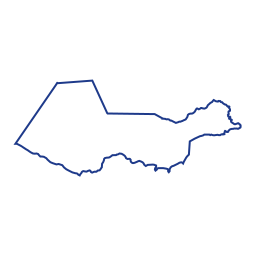 the district of La Sorciere, Dennery, Saint Lucia
{"feature_id": "8701671B33968538338102", "entity_name": "La Sorciere", "entity_type": "district", "adm_level": 2, "iso_a3": "LCA", "parent_name": "Saint Lucia", "parent_adm1": "Dennery", "projection": "albers", "projection_center": [-60.886, 13.974], "detail": "fine", "context": "isolated", "style": "outline", "palette": "blue", "viewbox_px": 256, "rotation_deg": 0, "n_neighbors": 0, "source": "geoboundaries", "source_scale": "gbopen_adm2", "svg_char_len": 5627}
<svg xmlns="http://www.w3.org/2000/svg" viewBox="0 0 256 256"><path d="M57.3,82.9L57.2,82.9L55.8,85.1L15.4,143.8L16.9,143.8L20.8,145.8L26.1,149.3L27.7,150.2L28.8,151.0L30.7,152.3L33.0,153.5L34.9,153.7L36.5,153.5L38.1,154.0L39.0,155.2L40.3,156.5L41.8,156.5L43.9,156.8L44.2,157.0L44.7,157.3L44.9,157.4L46.3,158.2L47.5,159.6L48.9,160.9L50.4,162.2L52.8,163.2L56.4,164.4L58.7,164.0L62.3,165.2L64.0,167.4L65.1,168.3L66.2,169.2L68.4,170.4L72.4,172.4L74.2,172.9L75.2,173.2L75.9,173.3L76.2,173.3L76.7,173.4L77.4,173.7L78.4,174.8L78.7,174.9L79.7,175.4L80.0,174.8L80.1,174.6L80.5,174.0L81.4,173.0L81.8,172.1L82.2,171.7L82.8,171.3L83.3,171.1L85.3,171.5L86.6,171.6L88.2,170.8L89.7,170.4L90.5,171.0L90.9,171.9L91.0,172.0L91.5,172.3L92.1,172.6L93.1,172.2L94.1,171.8L94.5,171.7L94.9,171.7L95.4,171.7L95.9,171.8L96.6,171.6L97.1,171.1L97.8,170.5L98.4,170.5L99.6,170.3L100.1,169.7L100.8,168.8L101.4,167.8L101.8,167.4L102.1,163.7L102.8,162.7L103.2,162.1L103.6,161.1L103.9,160.3L104.2,158.8L104.4,158.6L104.9,158.1L106.5,157.7L108.0,157.6L109.0,157.5L109.7,157.2L111.3,156.1L112.4,155.2L116.1,155.1L116.6,154.6L117.5,154.5L118.1,154.3L119.5,153.5L121.7,153.8L122.2,154.1L123.4,154.8L124.2,155.4L125.0,156.1L125.9,157.6L126.1,158.2L127.5,159.0L129.3,158.8L129.9,158.9L130.2,159.3L130.6,159.7L130.6,160.9L131.1,162.0L132.2,162.9L133.0,163.1L134.6,162.8L137.2,161.7L138.2,161.2L139.3,160.9L141.0,161.5L142.6,162.3L143.7,163.5L143.9,164.1L144.5,164.9L144.5,165.0L145.8,166.0L147.7,164.9L152.7,164.6L153.9,164.7L156.1,165.5L156.1,166.8L155.1,168.3L154.9,169.7L155.5,170.6L156.7,169.7L157.5,168.4L158.8,168.1L163.0,168.1L166.0,168.6L167.8,169.1L168.1,169.8L168.2,171.5L168.8,172.2L169.6,171.2L169.6,169.4L170.6,167.4L172.0,166.3L173.6,165.8L177.7,163.8L179.5,162.7L181.3,162.3L182.2,162.6L183.1,163.5L183.8,161.8L186.2,157.6L187.1,156.4L188.9,154.6L189.8,141.4L194.6,138.7L200.0,136.2L201.5,135.9L203.1,135.4L204.3,134.6L209.4,134.6L210.2,135.1L211.2,134.6L212.6,135.1L214.1,135.3L217.5,134.8L218.7,135.1L220.2,135.1L221.1,134.5L222.2,134.2L222.8,134.5L223.8,134.3L223.5,134.0L223.5,133.9L223.7,133.7L224.4,133.3L224.6,132.7L224.6,132.2L224.8,131.6L224.8,131.4L224.9,131.1L225.1,130.9L225.4,131.0L225.7,131.2L226.1,131.6L226.5,131.8L226.9,132.0L227.1,132.0L227.3,132.0L227.8,131.9L228.1,131.8L228.1,131.5L228.1,131.3L228.3,131.1L228.6,130.8L229.0,130.4L229.2,130.1L229.6,129.7L229.9,129.5L230.3,129.3L230.8,129.1L231.4,129.0L231.8,128.9L232.3,128.9L233.1,128.9L233.9,128.6L234.3,128.5L235.0,128.5L235.6,128.6L236.9,128.5L237.3,128.7L237.5,128.7L237.8,128.8L238.1,128.8L238.4,128.7L238.6,128.6L239.0,128.4L239.4,128.0L239.5,128.0L239.8,127.9L240.3,127.6L240.4,127.2L240.6,127.0L240.6,126.8L240.6,126.5L240.6,126.3L240.5,126.1L240.5,125.8L240.6,125.4L240.5,125.1L240.3,124.9L239.9,124.7L239.6,124.3L239.6,124.2L239.4,124.1L239.2,124.0L239.1,123.9L238.9,123.7L238.6,123.4L238.3,123.3L238.1,123.2L237.9,123.3L237.3,123.5L236.4,123.8L236.1,123.9L235.6,124.1L235.2,124.2L234.7,124.2L234.4,124.1L234.1,124.0L234.0,123.9L233.3,123.4L232.9,123.1L232.6,123.0L232.4,122.8L231.6,122.3L231.4,122.2L231.2,121.6L231.1,121.4L231.0,121.2L231.0,120.8L231.1,120.7L231.3,120.6L231.6,120.4L231.7,120.2L231.8,120.0L231.8,119.9L231.6,119.7L231.4,119.6L230.9,119.5L230.5,119.4L230.3,119.3L230.3,119.2L230.4,118.8L230.3,118.7L230.1,118.7L229.8,118.8L229.6,118.8L229.1,118.6L229.2,118.3L229.5,118.1L229.8,117.9L230.1,117.6L230.3,117.3L230.3,117.1L230.1,116.9L230.0,117.0L229.8,117.1L228.9,116.9L228.6,116.7L228.4,116.6L228.2,116.3L228.2,116.1L228.1,115.9L228.3,115.4L228.3,115.2L228.2,115.0L228.0,114.8L228.1,114.6L228.3,114.5L228.5,114.5L228.6,114.4L228.7,114.0L228.7,113.8L228.5,112.7L228.5,112.2L228.5,111.8L228.6,111.5L228.8,111.4L229.1,111.1L229.5,111.0L229.7,110.9L229.8,110.9L230.0,110.7L230.0,110.4L230.0,110.1L230.0,109.6L230.0,109.4L229.7,108.8L229.6,108.6L229.2,108.2L229.1,107.9L229.1,107.5L229.2,107.4L229.3,107.2L229.4,106.9L229.4,106.7L229.2,106.5L228.9,106.5L228.5,106.7L228.3,106.8L228.1,106.8L228.0,106.7L228.0,106.4L227.9,106.4L227.5,106.4L227.3,106.2L226.6,105.3L226.2,104.9L225.8,104.6L225.5,104.6L224.9,104.5L224.5,104.2L224.2,104.1L223.5,103.6L222.9,103.2L222.5,102.6L222.2,102.3L222.1,102.2L221.9,102.2L221.4,102.2L221.1,102.1L220.8,102.0L220.6,101.8L220.5,101.6L220.4,101.3L220.3,101.1L220.1,101.1L219.6,101.1L219.2,101.0L218.9,100.9L218.4,101.0L218.2,101.4L218.1,101.5L217.7,101.5L217.1,101.5L215.7,101.2L215.0,100.8L214.6,100.5L214.1,100.2L213.7,100.0L212.9,100.9L212.6,101.3L212.1,102.0L211.5,102.3L210.0,103.2L209.5,103.8L209.1,104.1L208.2,104.9L207.8,105.3L207.7,105.5L207.3,106.3L207.2,106.6L206.8,107.2L206.5,107.6L206.2,107.8L205.8,108.0L205.7,108.1L205.0,108.4L204.4,108.6L204.0,108.6L203.5,108.5L203.1,108.4L202.8,108.4L202.5,108.3L201.7,108.0L201.4,108.0L201.0,108.0L200.8,108.1L200.7,108.3L200.0,108.7L199.0,109.2L198.8,109.3L198.4,109.1L198.1,108.9L197.8,108.8L197.4,108.5L197.0,108.5L196.8,108.6L196.7,108.6L196.5,108.8L196.0,109.5L195.6,110.2L195.3,110.7L195.2,111.0L195.0,111.3L194.5,112.0L193.9,112.5L193.0,113.2L192.7,113.3L192.3,113.5L191.8,113.6L191.4,113.6L191.1,113.6L190.6,113.6L190.1,113.7L189.6,113.8L189.1,114.0L188.7,114.2L187.9,114.9L187.4,116.8L186.6,118.1L186.2,118.6L185.8,119.3L185.5,119.5L184.2,120.1L183.8,120.2L182.3,121.0L181.5,121.2L180.5,121.7L179.2,121.7L178.2,122.2L176.8,122.6L175.9,122.9L174.1,122.0L172.7,121.3L171.4,120.6L170.7,120.6L170.2,120.5L169.7,120.0L169.0,119.5L167.8,119.2L167.1,119.3L166.3,119.3L165.5,119.0L165.0,118.8L164.1,118.8L163.5,118.7L162.8,118.5L162.5,118.6L162.5,118.4L154.7,114.1L107.6,113.5L107.2,113.1L92.3,80.6L57.5,83.2L57.3,82.9Z" fill="none" stroke="#1e3a8a" stroke-width="2"/></svg>